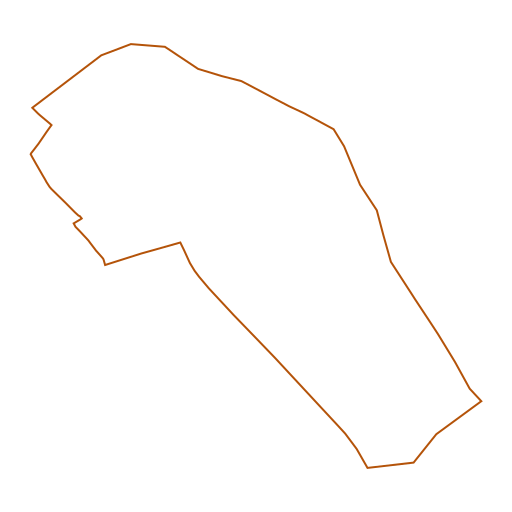 Kesm Than Assuit, Asyut, Egypt
{"feature_id": "37247803B53748377361433", "entity_name": "Kesm Than Assuit", "entity_type": "district", "adm_level": 2, "iso_a3": "EGY", "parent_name": "Egypt", "parent_adm1": "Asyut", "projection": "robinson", "projection_center": [31.165, 27.193], "detail": "fine", "context": "isolated", "style": "outline", "palette": "amber", "viewbox_px": 512, "rotation_deg": 0, "n_neighbors": 0, "source": "geoboundaries", "source_scale": "gbopen_adm2", "svg_char_len": 1304}
<svg xmlns="http://www.w3.org/2000/svg" viewBox="0 0 512 512"><path d="M481.3,401.2L469.7,388.7L455.0,362.0L438.1,334.3L429.6,321.3L415.0,299.2L412.0,294.5L390.9,261.9L383.3,234.9L376.8,210.3L360.0,184.7L359.8,184.2L359.6,183.7L344.1,146.3L333.6,129.2L308.0,115.4L304.6,113.5L289.0,106.2L275.6,99.2L263.2,92.6L241.4,81.1L221.8,76.1L198.1,68.9L164.9,46.8L130.9,44.1L101.3,55.3L32.4,107.7L32.3,107.8L38.0,113.5L40.0,115.3L43.1,117.9L50.6,124.2L50.7,124.4L50.9,124.6L51.5,125.1L49.8,127.4L46.3,132.3L44.0,135.7L38.3,144.0L36.2,146.7L34.3,149.2L32.8,151.1L31.0,153.4L30.8,153.9L30.7,154.5L31.3,155.2L31.6,156.0L32.5,157.6L36.0,163.8L41.3,173.0L42.5,175.1L45.1,179.5L46.5,182.1L49.6,186.9L51.5,189.1L57.1,194.6L65.0,202.3L75.1,212.5L78.5,215.6L79.2,215.9L79.9,216.2L81.0,217.6L81.4,218.0L81.7,218.5L79.9,219.7L74.0,223.2L73.9,223.3L73.7,223.4L75.5,226.8L79.7,231.1L83.4,235.1L86.6,238.5L88.5,240.6L90.4,243.2L95.5,249.9L95.8,250.4L97.1,251.8L101.9,257.2L103.0,258.5L103.4,259.2L103.7,260.0L105.1,265.0L141.3,253.5L154.2,249.9L180.3,242.5L184.0,250.1L189.9,263.0L194.6,270.8L199.1,276.8L208.8,288.3L233.7,315.1L254.8,336.9L275.4,358.3L289.2,373.2L320.3,406.7L337.5,425.2L345.2,433.6L356.7,449.0L367.5,467.9L413.6,462.6L417.1,458.2L436.3,434.2L481.3,401.2Z" fill="none" stroke="#b45309" stroke-width="2"/></svg>